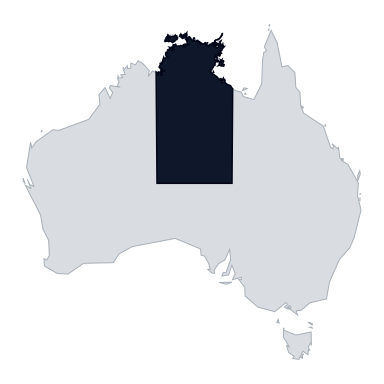 where Northern Territory sits in Australia
{"feature_id": "AUS-2650", "entity_name": "Northern Territory", "entity_type": "Territory", "adm_level": 1, "iso_a3": "AUS", "parent_name": "Australia", "parent_adm1": "", "projection": "natural_earth1", "projection_center": [133.869, -18.484], "detail": "fine", "context": "in_parent", "style": "filled", "palette": "ink", "viewbox_px": 384, "rotation_deg": 0, "n_neighbors": 0, "source": "natural_earth", "source_scale": "10m", "svg_char_len": 9171}
<svg xmlns="http://www.w3.org/2000/svg" viewBox="0 0 384 384"><path d="M277.2,42.8L281.9,66.7L288.0,65.6L294.9,72.7L295.8,87.3L299.9,92.3L300.7,105.9L303.5,113.0L323.3,126.1L330.7,147.6L332.9,148.8L333.4,144.9L337.7,148.8L338.4,146.9L339.9,157.8L342.4,161.1L348.0,164.5L358.4,183.0L357.5,195.3L361.0,210.1L354.1,237.8L349.7,247.9L339.5,259.3L329.5,281.9L326.5,298.8L309.8,302.9L301.3,310.2L296.2,310.8L297.5,315.0L289.7,308.9L290.9,307.5L290.5,306.0L289.0,305.9L286.2,308.5L284.4,306.9L287.7,304.5L285.9,302.5L274.8,311.7L258.0,307.2L245.1,296.0L244.8,287.3L238.8,279.4L241.4,279.7L241.4,277.3L232.5,279.7L235.2,273.8L231.9,265.2L228.6,275.0L222.0,276.0L223.1,272.7L226.1,272.7L230.7,259.3L229.6,249.3L225.0,259.8L218.4,263.8L214.0,270.2L214.6,273.4L212.0,273.0L207.8,269.4L210.4,269.4L208.6,263.1L204.5,256.1L201.1,255.2L200.6,249.0L175.2,238.4L132.6,246.5L119.1,253.7L113.3,262.7L83.6,263.3L67.9,274.1L57.0,273.4L44.4,266.1L43.9,258.7L46.9,259.9L49.3,255.5L48.7,240.4L43.0,229.1L40.5,214.8L25.3,185.2L30.9,188.3L27.3,179.3L29.8,184.6L33.9,186.2L26.5,167.6L30.6,142.1L31.8,148.1L36.4,141.5L52.8,129.8L58.7,130.4L88.8,119.3L99.9,104.3L99.0,94.6L105.0,87.6L110.2,98.4L112.7,92.4L109.4,88.1L110.3,85.5L120.3,87.2L117.1,86.2L119.2,81.9L117.3,78.2L122.6,77.6L120.7,74.8L125.1,74.4L123.5,70.4L127.3,65.8L127.6,68.5L130.7,68.2L130.9,63.0L135.4,64.9L138.2,60.7L142.9,63.6L149.3,70.8L148.2,76.5L152.5,71.0L161.5,74.6L163.3,71.5L159.3,67.2L169.9,47.6L171.9,48.9L175.6,44.0L176.8,46.0L187.7,44.5L187.4,39.8L180.1,36.3L181.3,35.1L207.5,45.2L215.2,41.5L213.3,45.4L216.5,47.5L220.4,42.9L223.9,46.8L219.7,55.5L215.2,56.3L215.4,62.6L211.1,72.5L234.8,90.4L241.3,92.2L243.3,96.5L253.9,99.5L261.7,83.9L262.5,61.2L263.7,52.7L266.5,50.7L264.4,46.8L271.1,30.4L277.2,42.8ZM283.5,330.1L295.9,335.0L311.1,332.0L311.4,345.5L310.5,343.0L308.8,345.9L308.0,354.8L302.9,351.1L299.1,359.3L292.7,358.6L294.1,356.3L288.6,352.5L286.7,345.6L289.1,346.8L283.6,337.3L283.5,330.1ZM167.8,35.2L175.3,35.2L177.7,37.7L172.6,42.6L167.8,35.2ZM219.2,282.5L232.0,282.1L226.5,284.3L219.2,282.5ZM221.9,61.3L223.4,66.2L218.6,65.4L219.4,61.9L221.9,61.3ZM357.8,180.8L357.7,175.2L359.7,170.6L360.3,173.9L357.8,180.8ZM308.0,322.2L312.2,323.3L312.2,325.2L308.0,322.2ZM167.0,36.7L169.7,41.5L164.9,41.2L167.0,36.7ZM279.2,323.0L276.8,322.5L278.2,319.3L279.2,323.0ZM247.1,88.4L244.9,89.8L242.5,90.6L243.7,87.9L247.1,88.4ZM25.2,183.9L23.3,181.1L23.0,178.6L23.3,178.5L25.2,183.9ZM311.2,327.0L312.8,328.3L309.7,327.3L311.2,327.0ZM341.5,158.6L343.2,158.6L343.1,161.0L341.5,158.6ZM301.2,105.7L303.3,107.2L302.9,108.1L301.2,105.7ZM302.5,356.0L302.6,358.2L301.0,357.5L302.5,356.0ZM360.0,197.4L360.0,200.5L359.8,200.4L360.0,197.4ZM187.0,35.0L185.7,33.7L186.6,33.0L187.0,35.0ZM222.2,35.3L220.3,37.7L222.5,33.4L222.2,35.3ZM360.5,193.7L359.6,194.7L360.2,193.7L360.5,193.7ZM224.8,79.9L223.8,80.3L224.3,79.2L224.8,79.9ZM218.1,61.2L216.8,61.4L217.6,59.9L218.1,61.2ZM42.1,129.9L41.8,131.9L41.2,131.7L42.1,129.9ZM268.9,29.2L268.8,30.9L268.3,29.7L268.9,29.2ZM289.0,306.7L289.3,307.7L288.8,307.4L289.0,306.7ZM219.9,38.4L217.4,40.1L219.9,38.0L219.9,38.4ZM123.7,68.0L122.8,69.2L123.4,67.8L123.7,68.0ZM303.5,354.4L302.7,354.8L303.2,354.0L303.5,354.4ZM246.0,94.2L244.6,94.1L245.4,93.1L246.0,94.2ZM118.7,76.8L118.0,77.4L118.0,75.9L118.7,76.8ZM309.8,349.8L308.6,350.4L309.0,349.2L309.8,349.8ZM269.8,24.7L269.6,25.9L268.9,25.3L269.8,24.7ZM288.3,308.1L289.4,309.1L287.6,308.8L288.3,308.1ZM325.7,126.0L324.8,126.1L325.2,124.8L325.7,126.0ZM332.6,144.7L332.2,144.7L332.5,143.7L332.6,144.7ZM284.1,328.5L283.8,329.3L283.5,328.3L284.1,328.5Z" fill="#d9dde1" stroke="#a8b0b8" stroke-width="1"/><path d="M156.1,71.9L157.7,73.1L157.8,74.4L157.4,75.5L158.0,74.9L158.0,75.6L158.4,74.3L158.1,71.6L158.4,72.1L158.9,71.9L160.2,72.6L161.0,73.8L161.1,74.9L161.8,74.6L161.9,75.2L162.4,75.1L161.3,72.7L161.6,71.6L162.8,71.8L164.1,71.1L164.5,71.3L164.5,70.3L162.9,71.4L162.6,71.4L162.9,70.9L162.3,71.1L161.8,70.8L161.1,69.4L162.2,69.2L162.8,68.6L161.8,69.0L160.7,68.7L159.1,67.3L159.3,66.5L160.3,64.7L160.2,63.8L161.1,64.2L161.2,63.2L161.5,63.6L162.3,63.2L162.2,61.9L163.0,60.9L162.7,60.8L162.8,60.0L163.6,57.6L163.8,58.4L164.3,58.6L165.7,57.9L166.7,56.5L167.4,56.7L165.6,54.9L165.7,52.7L166.1,52.3L166.5,52.7L167.3,52.3L167.6,50.0L168.0,50.1L168.4,49.5L169.0,49.8L168.9,49.2L169.6,50.4L170.5,50.3L169.3,49.6L169.8,49.3L169.5,49.1L169.8,47.6L169.5,47.3L171.2,47.6L171.3,49.1L171.5,48.6L172.2,49.7L172.3,49.3L172.8,49.5L172.0,48.4L172.8,48.6L172.1,47.8L171.6,47.8L171.6,47.3L172.3,46.6L173.5,47.0L173.0,45.2L173.3,44.8L174.0,44.7L175.3,45.6L175.6,43.7L176.0,45.5L176.9,46.2L179.8,46.0L180.7,45.4L182.1,46.3L183.8,44.8L184.0,45.6L184.9,45.4L185.2,46.3L184.9,47.1L185.5,46.3L185.4,44.8L186.4,44.2L187.4,44.7L188.1,44.6L187.0,44.0L187.2,41.8L186.7,41.1L187.6,39.8L186.6,39.4L185.8,38.1L184.8,37.6L182.5,38.5L182.0,38.1L182.0,37.5L181.2,37.2L181.4,36.8L179.6,36.4L179.8,35.9L180.2,36.1L180.1,35.3L180.5,35.5L180.6,35.0L181.1,35.8L181.5,35.6L181.4,34.6L182.3,35.6L182.6,35.4L182.5,36.6L182.8,36.3L183.1,37.4L183.4,37.4L183.2,36.8L183.6,36.8L183.2,36.3L183.0,34.5L184.0,36.0L184.0,34.9L184.5,34.5L184.8,36.1L185.4,35.4L185.7,35.6L187.4,38.4L187.9,38.4L188.7,37.3L189.3,37.5L189.0,36.7L189.4,36.6L190.8,38.4L191.6,40.3L192.4,40.6L193.1,40.2L192.9,40.9L193.6,40.5L193.6,41.0L194.3,41.2L194.7,40.8L194.7,41.9L194.9,41.4L195.8,41.5L197.0,40.4L198.0,40.5L198.2,40.9L197.4,41.4L197.4,41.8L198.2,42.4L199.2,41.7L199.5,42.6L199.9,42.1L200.4,42.8L200.4,44.1L201.2,43.0L202.4,43.9L203.8,43.9L205.3,42.8L206.1,44.5L207.0,44.7L207.9,45.9L208.5,45.7L209.1,46.3L208.7,45.6L210.3,45.6L209.2,45.2L210.0,44.4L210.8,44.1L211.2,44.4L211.9,43.9L212.3,44.3L213.4,43.5L212.2,43.9L212.1,43.5L212.4,42.9L213.6,42.7L214.8,41.7L214.8,40.9L215.3,41.1L215.0,41.8L213.4,43.3L215.1,43.0L212.8,44.9L213.5,46.4L214.8,44.8L215.1,45.1L216.3,43.9L215.3,45.4L215.6,45.9L216.3,45.6L215.7,46.9L216.0,47.8L218.0,47.7L219.0,45.7L217.3,45.0L220.6,42.2L219.8,43.2L220.4,43.2L221.5,45.9L222.2,45.9L222.2,45.5L221.6,45.3L222.3,44.9L223.3,45.5L223.7,46.8L224.2,46.7L222.4,48.7L222.7,47.8L222.1,48.0L222.3,49.0L221.8,49.4L221.7,50.4L221.0,50.4L221.0,51.6L220.6,50.7L220.3,51.3L219.8,51.0L220.0,51.8L221.4,53.2L220.8,53.4L220.5,52.9L220.0,53.0L220.6,53.8L219.8,55.7L219.6,55.4L218.5,56.3L219.1,55.5L219.0,53.9L218.6,53.7L218.4,54.9L217.9,54.6L217.9,55.2L217.1,55.9L217.1,54.5L216.2,55.6L216.2,56.4L215.9,55.4L215.4,56.1L215.3,55.8L215.0,56.1L214.8,56.9L215.5,57.5L214.5,57.8L214.5,59.3L215.1,60.0L214.8,60.4L215.5,60.7L216.1,59.8L216.4,59.9L215.7,62.3L215.1,62.8L215.0,65.2L213.7,65.9L212.9,67.5L212.4,67.8L211.7,69.8L210.4,70.5L211.2,72.7L217.6,77.3L218.1,78.8L220.2,80.4L220.8,80.3L221.9,81.8L221.8,82.6L222.4,82.2L223.6,82.6L224.2,81.9L227.3,84.4L230.6,85.7L231.6,87.6L232.7,88.6L232.0,183.3L157.0,183.3L156.1,71.9ZM177.6,37.4L177.6,38.0L177.1,38.2L177.1,39.3L176.4,39.1L175.6,40.5L172.7,42.6L168.8,39.8L167.6,35.3L167.9,34.8L168.9,36.3L169.5,36.2L169.3,37.2L170.1,36.6L170.4,37.6L170.7,37.1L172.4,36.4L173.1,36.8L173.2,37.4L173.5,36.5L174.4,35.8L174.9,37.3L174.8,35.8L175.4,35.2L175.6,36.1L176.7,35.8L177.1,37.2L177.6,37.4ZM224.1,64.7L223.9,66.0L223.5,66.2L222.0,65.8L221.2,66.0L219.4,65.2L218.5,65.5L219.5,64.4L219.3,61.4L220.1,61.6L220.3,61.1L220.9,61.4L221.1,61.0L220.7,60.1L221.1,60.4L221.9,59.7L221.6,60.7L222.0,60.9L222.0,61.6L222.7,61.7L223.0,60.8L223.5,60.8L223.7,61.3L223.1,62.4L222.3,62.7L222.3,63.2L222.7,63.5L221.8,64.0L221.8,64.5L222.0,65.1L222.5,64.7L223.3,65.3L223.6,64.7L224.1,64.7ZM168.3,40.3L169.8,40.8L169.9,41.3L168.8,41.7L167.3,41.0L165.2,41.6L164.7,41.1L165.1,40.8L165.1,40.0L166.1,40.1L166.2,38.4L165.8,38.2L166.8,36.7L167.4,36.5L167.9,37.6L167.8,38.5L168.5,39.2L168.3,40.3ZM185.8,34.9L186.0,34.2L185.6,33.6L186.3,33.6L186.7,33.0L186.6,34.8L187.0,35.0L186.7,36.8L185.8,34.9ZM224.9,79.7L225.1,81.0L224.9,81.7L224.1,80.3L223.7,80.4L224.2,79.2L224.9,79.7ZM222.4,33.7L222.0,35.4L220.4,37.7L219.9,37.8L221.7,35.1L222.0,33.8L222.4,33.7ZM218.2,60.3L217.8,61.7L217.5,61.8L217.3,60.9L217.1,61.6L216.8,61.4L216.8,60.5L217.2,60.7L217.4,59.9L218.2,60.3ZM218.6,39.3L219.9,37.9L219.0,39.2L217.3,40.2L218.1,39.0L218.6,39.3ZM221.0,78.6L220.7,79.6L220.0,79.5L220.2,78.6L221.0,78.6ZM186.9,39.8L187.1,40.2L186.6,40.5L186.0,39.8L186.9,39.8ZM217.9,43.5L218.5,43.2L218.1,43.7L216.9,43.9L216.9,43.5L217.9,43.5ZM221.4,79.9L221.8,80.3L221.4,81.0L221.0,80.4L221.4,79.9ZM222.5,79.6L222.8,80.0L222.4,80.0L222.5,80.4L222.0,80.7L222.0,79.7L222.5,79.6ZM217.0,58.9L216.6,56.9L217.5,57.9L217.1,58.0L217.0,58.9ZM160.4,71.2L161.1,72.1L161.2,72.9L160.4,71.2ZM193.2,39.5L194.3,39.3L193.2,39.9L193.2,39.5ZM215.4,40.4L215.7,39.9L216.3,39.8L215.9,40.4L215.4,40.4ZM223.4,79.1L223.0,79.6L222.9,78.8L223.3,78.2L223.4,79.1ZM194.2,37.8L194.5,38.3L193.5,38.7L193.5,38.2L194.2,37.8ZM213.4,71.6L213.7,72.2L213.1,72.3L213.4,71.6ZM206.0,43.7L206.6,44.0L206.5,44.5L206.0,43.7ZM184.5,44.3L185.1,44.1L185.1,44.6L184.5,44.3ZM221.0,40.8L220.8,41.3L220.3,41.2L221.0,40.8ZM161.4,71.5L161.3,71.9L161.1,71.3L161.4,71.5ZM206.9,43.5L206.8,43.8L206.5,43.5L206.9,43.5ZM208.3,42.6L207.8,42.8L207.7,42.7L208.3,42.6ZM220.0,42.2L219.9,41.4L220.1,41.3L220.0,42.2ZM222.8,44.0L222.9,44.6L222.6,44.4L222.8,44.0Z" fill="#0f172a" stroke="#020617" stroke-width="1.5"/></svg>